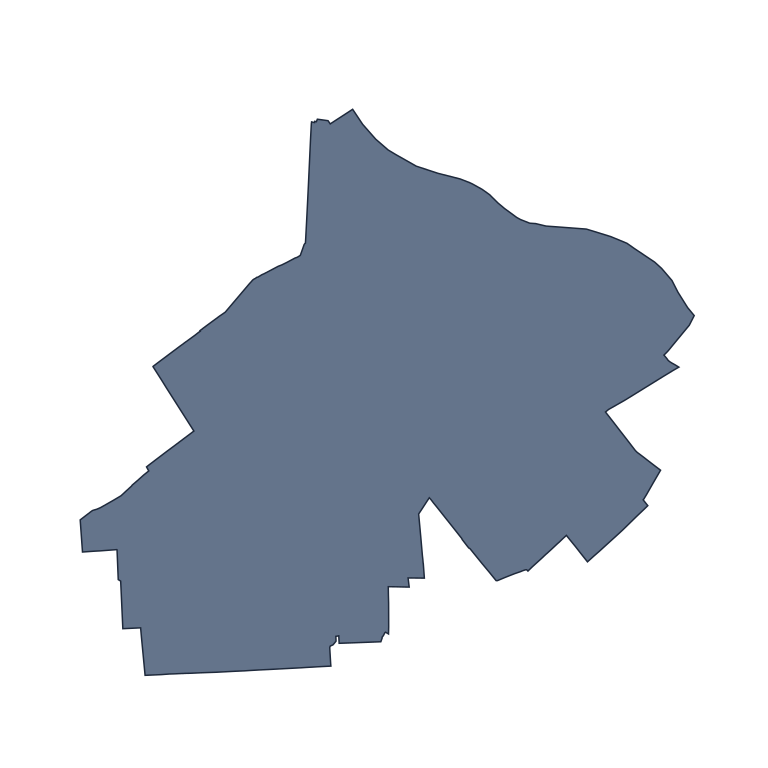 Fetesti, Calarasi, Romania, rotated 265°
{"feature_id": "2599482B60932966613296", "entity_name": "Fetesti", "entity_type": "district", "adm_level": 2, "iso_a3": "ROU", "parent_name": "Romania", "parent_adm1": "Calarasi", "projection": "natural_earth1", "projection_center": [27.783, 44.402], "detail": "fine", "context": "isolated", "style": "filled", "palette": "slate", "viewbox_px": 768, "rotation_deg": 265, "n_neighbors": 0, "source": "geoboundaries", "source_scale": "gbopen_adm2", "svg_char_len": 3558}
<svg xmlns="http://www.w3.org/2000/svg" viewBox="0 0 768 768"><g transform="rotate(265 384 384)"><path d="M421.6,155.4L421.4,155.4L407.2,162.8L399.1,166.9L353.7,190.5L339.2,167.3L336.4,162.7L328.2,149.7L325.6,145.6L323.9,142.9L322.1,140.2L321.9,140.3L318.2,141.9L317.9,142.1L314.3,136.7L309.3,130.0L305.2,124.3L304.3,123.6L302.5,121.2L301.3,119.7L300.2,118.2L295.6,112.3L291.6,104.0L285.6,90.9L284.3,87.0L283.5,83.0L282.9,81.7L275.1,69.5L274.8,69.5L242.9,69.0L242.7,80.7L242.5,86.7L242.3,103.4L242.1,103.6L212.3,102.2L210.6,104.5L163.0,102.5L162.3,120.3L153.3,120.3L114.6,120.6L113.9,136.7L113.8,144.9L113.5,150.1L113.2,157.8L113.1,158.9L113.1,159.5L113.1,159.8L113.1,160.1L112.7,166.2L112.3,175.9L111.9,183.7L111.5,191.1L110.8,210.9L110.4,220.3L110.3,224.9L110.0,235.2L109.6,245.3L109.2,256.9L108.5,277.4L108.4,282.3L108.2,288.4L108.1,292.5L107.6,306.5L110.1,306.5L124.4,306.9L126.3,307.0L127.6,307.6L128.5,310.2L128.7,310.6L132.0,313.8L133.7,313.9L136.8,314.0L136.9,315.6L137.0,315.8L137.1,317.0L129.6,316.7L128.8,332.0L127.5,358.4L130.4,359.7L130.7,359.9L132.0,360.1L133.3,361.4L136.2,363.2L136.6,363.9L134.6,366.7L141.6,367.5L153.5,368.5L165.4,369.5L173.5,370.0L181.7,370.6L180.9,378.5L180.3,383.9L179.7,389.3L179.5,391.4L188.7,391.1L187.1,407.3L194.3,407.4L201.6,407.5L202.2,407.4L206.0,407.4L209.7,407.3L219.4,407.3L229.1,407.3L251.5,407.2L255.5,410.4L256.9,411.5L262.8,416.1L266.7,419.2L264.9,420.6L261.1,423.0L256.7,426.0L244.1,434.3L232.9,441.7L223.3,448.0L222.3,448.3L215.1,452.9L213.2,454.2L212.5,455.3L207.0,459.0L196.2,466.3L187.3,472.5L178.4,478.5L178.3,478.9L178.2,479.7L178.3,480.1L180.7,487.6L181.9,491.6L183.7,497.7L185.2,503.8L185.9,505.9L186.5,508.4L186.6,509.4L186.5,509.8L186.0,510.4L185.1,511.1L186.0,512.2L189.1,516.0L193.2,521.4L196.3,525.5L198.7,528.5L200.5,530.8L201.1,531.7L202.5,533.5L203.7,535.1L205.8,537.8L209.9,543.0L211.2,544.8L214.3,548.6L217.3,552.5L212.8,555.5L205.0,560.8L198.5,565.0L190.0,570.6L189.1,571.2L191.5,574.4L194.1,577.8L197.1,581.9L198.4,583.7L200.3,586.2L203.6,590.5L212.1,601.7L217.7,609.0L230.0,624.0L236.7,632.4L239.8,636.2L246.0,632.1L246.6,632.7L251.1,636.0L255.0,638.7L261.5,643.2L274.0,652.0L280.1,645.3L285.7,639.2L287.5,637.3L291.4,633.0L293.8,630.3L295.8,628.6L309.1,620.1L318.2,614.2L321.5,612.1L323.7,610.7L336.8,602.2L339.1,605.6L347.0,622.8L367.1,662.7L372.2,673.0L375.1,679.2L377.7,675.7L379.8,672.6L381.0,671.0L382.1,669.8L382.8,669.1L384.7,668.0L388.4,665.4L390.7,668.2L392.4,670.1L396.8,674.4L416.0,693.3L425.1,699.0L433.7,693.1L449.9,684.8L462.0,679.9L475.0,670.6L481.8,664.3L497.5,644.8L503.0,638.3L511.1,622.7L520.7,599.1L525.6,569.2L527.2,559.2L530.6,549.0L531.5,543.2L535.9,534.4L538.3,530.8L543.3,525.1L548.3,519.4L551.3,516.4L554.3,513.4L561.0,507.7L563.3,505.8L569.3,498.8L575.6,489.5L577.0,487.1L581.6,477.8L589.2,456.1L593.7,445.6L598.2,435.1L611.5,415.8L616.8,408.5L628.6,397.1L644.5,385.4L660.4,376.7L650.6,358.3L647.8,353.1L651.2,351.2L652.9,343.8L653.6,340.7L651.2,339.5L651.7,337.9L650.5,337.6L651.4,334.7L649.6,334.3L633.9,332.1L587.8,325.9L573.2,323.9L558.7,321.9L536.6,318.8L531.2,318.0L531.1,317.7L530.8,317.4L529.9,316.6L524.8,314.3L519.4,311.8L517.8,308.6L517.2,306.2L513.6,297.8L511.5,292.4L510.5,288.9L504.2,273.9L503.6,272.0L501.5,267.8L501.3,266.4L500.4,265.1L500.0,263.9L499.0,262.2L497.6,260.8L495.8,258.8L469.4,232.1L466.0,226.1L461.3,218.4L455.0,208.1L454.7,207.9L454.5,207.4L453.2,205.3L452.6,205.6L451.6,203.8L449.1,200.0L443.1,190.0L439.2,183.6L435.3,177.3L425.3,161.2L422.2,156.3L421.6,155.4Z" fill="#64748b" stroke="#1e293b" stroke-width="1.5"/></g></svg>